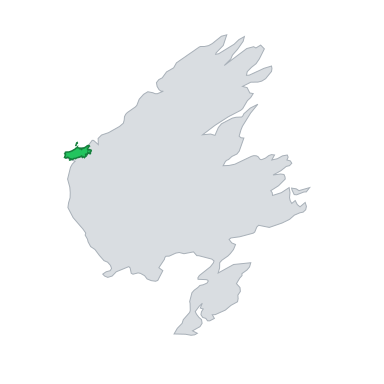 Rosslare Lea-5, Wexford, Ireland shown in context, rotated 158°
{"feature_id": "5873133B47995310482599", "entity_name": "Rosslare Lea-5", "entity_type": "district", "adm_level": 2, "iso_a3": "IRL", "parent_name": "Ireland", "parent_adm1": "Wexford", "projection": "equal_earth", "projection_center": [-6.602, 52.227], "detail": "fine", "context": "in_parent", "style": "filled", "palette": "green", "viewbox_px": 384, "rotation_deg": 158, "n_neighbors": 0, "source": "geoboundaries", "source_scale": "gbopen_adm2", "svg_char_len": 7663}
<svg xmlns="http://www.w3.org/2000/svg" viewBox="0 0 384 384"><g transform="rotate(158 192 192)"><path d="M247.9,76.9L239.3,81.2L238.0,82.8L235.5,89.4L235.2,91.3L229.8,98.6L226.8,100.1L222.2,101.3L219.7,102.4L216.4,101.8L212.3,101.9L210.3,103.3L210.4,104.3L211.6,105.4L219.1,108.8L218.7,110.2L216.5,111.8L202.9,115.8L198.8,118.2L197.4,119.8L198.8,122.4L209.6,130.4L211.4,131.2L213.0,135.9L222.6,137.8L226.5,140.7L229.9,141.4L237.2,141.1L240.2,142.2L241.8,141.4L242.8,139.9L251.1,134.2L248.5,130.0L256.9,122.8L259.2,122.9L263.0,125.1L266.2,128.2L267.3,132.2L270.3,135.9L272.3,137.2L277.5,137.9L278.8,139.4L277.8,144.7L278.6,146.5L292.1,146.4L297.5,144.0L302.1,144.4L304.5,146.8L305.5,149.3L301.5,150.2L297.3,149.7L295.2,151.3L295.1,154.5L296.5,158.5L299.3,161.3L301.6,167.8L303.5,175.0L306.4,179.3L307.0,184.7L306.6,187.3L307.2,192.1L305.9,193.7L306.9,198.2L311.8,212.7L312.9,224.0L310.5,228.2L307.2,232.3L305.1,237.1L303.5,242.2L302.5,250.6L295.4,260.4L292.4,262.8L288.9,264.3L296.6,271.2L290.3,274.3L283.5,275.2L275.9,273.5L271.2,273.7L265.2,277.3L263.9,276.7L261.1,271.0L259.0,276.8L254.6,278.7L247.2,278.3L234.7,279.9L229.9,281.5L227.9,284.1L226.4,287.1L224.4,288.9L222.2,289.9L212.6,292.1L210.7,293.0L206.2,297.8L200.3,300.7L195.4,301.5L191.1,298.7L189.4,297.0L187.4,296.1L180.8,296.2L182.9,297.1L184.2,299.1L184.8,302.9L184.0,306.7L180.7,308.6L176.8,309.0L170.6,312.9L162.5,314.0L158.0,317.6L131.0,323.7L129.5,323.7L125.8,322.2L121.7,321.5L117.7,322.0L106.4,325.4L100.9,324.7L108.1,316.2L117.5,312.0L118.5,310.8L115.5,310.2L97.6,313.2L91.4,315.7L85.2,316.5L88.1,312.6L96.2,307.3L103.2,303.8L106.2,300.8L114.7,297.2L87.5,304.5L80.4,303.6L78.8,301.6L73.3,302.5L71.3,297.6L79.7,290.2L84.5,287.0L90.2,285.3L95.7,282.9L97.8,279.8L95.2,278.9L78.9,279.7L71.1,279.0L71.6,276.6L73.1,274.0L81.3,269.5L85.7,268.7L89.6,269.2L96.4,271.8L105.6,271.0L101.8,268.1L101.3,262.2L98.4,260.3L102.2,257.6L106.5,255.9L113.8,250.3L116.3,249.5L130.4,248.1L145.7,245.2L160.8,241.1L153.1,238.8L149.5,235.9L143.4,241.9L139.1,244.2L127.0,245.4L123.2,244.8L117.8,242.9L116.2,243.6L114.6,245.1L106.5,248.0L98.1,248.7L108.0,243.3L120.6,234.1L123.4,231.2L127.4,226.1L126.2,223.9L123.7,222.6L132.9,212.2L136.1,210.4L141.8,210.0L146.0,208.4L147.9,208.4L149.6,207.8L153.3,204.7L147.6,202.7L141.8,201.7L123.6,202.8L121.3,202.6L119.0,201.6L117.6,200.2L116.6,196.7L115.3,195.9L111.2,195.9L107.1,197.0L104.3,196.9L101.6,195.4L106.0,191.8L100.4,190.9L94.6,191.6L89.8,190.6L89.8,188.3L92.0,186.1L89.2,184.0L88.7,181.3L91.7,179.9L95.0,180.4L101.8,178.4L110.5,177.4L103.1,175.5L100.2,173.8L100.1,171.2L100.7,169.1L109.4,165.4L118.5,163.7L117.9,161.3L118.6,158.6L109.4,157.9L100.3,159.7L101.4,154.7L103.7,150.2L104.2,147.2L103.8,144.0L99.5,145.4L99.1,140.9L97.4,137.8L91.0,139.9L91.3,135.8L93.2,133.0L96.5,131.7L99.7,132.3L105.8,132.2L111.7,130.1L120.1,129.5L133.6,130.2L142.7,136.2L145.1,135.2L148.8,131.4L150.6,130.9L164.5,132.6L173.1,134.8L175.4,134.1L174.2,129.9L171.3,127.0L175.1,123.1L179.6,120.5L182.7,119.2L189.7,117.6L192.8,116.1L194.9,111.2L198.1,107.1L180.6,109.2L164.0,104.4L166.7,101.0L170.2,99.1L176.3,97.6L176.9,95.8L180.0,94.3L185.1,90.4L183.3,85.4L184.4,81.7L188.1,79.2L189.2,75.8L190.9,73.2L198.3,72.3L205.4,70.0L216.4,69.6L219.2,70.6L218.6,66.4L223.8,65.9L225.8,66.7L226.6,69.7L229.0,71.6L229.7,74.8L228.1,77.4L225.4,79.3L227.8,81.3L224.1,85.0L228.1,83.4L233.8,79.9L233.6,77.0L232.6,73.3L231.0,70.1L231.8,66.5L235.0,64.2L243.5,63.1L240.0,59.0L243.1,58.6L246.5,59.5L251.4,62.6L261.8,67.1L256.7,71.1L250.4,73.9L247.9,76.9ZM98.5,156.4L98.2,158.3L94.2,155.9L92.3,153.2L81.3,152.0L86.0,149.3L88.2,150.1L96.0,150.2L98.2,151.3L98.5,156.4Z" fill="#d9dde1" stroke="#a8b0b8" stroke-width="1"/><path d="M278.7,264.3L278.3,264.5L278.2,264.5L277.9,264.7L277.6,264.7L277.4,264.8L276.8,264.9L276.6,265.0L276.8,265.3L276.6,265.4L276.6,265.6L276.7,265.8L276.7,266.2L276.7,266.3L276.7,266.6L276.6,266.8L276.2,266.7L276.0,266.8L275.5,266.5L275.5,266.3L275.4,266.2L275.2,266.0L274.9,266.4L274.8,266.6L274.6,266.6L274.5,266.9L274.4,267.0L274.2,267.0L273.9,267.4L273.9,267.2L273.6,267.3L273.4,267.2L273.3,266.9L273.2,266.9L273.1,266.7L272.9,266.5L272.0,266.3L271.8,266.4L271.4,266.6L271.2,266.9L271.3,267.2L271.1,267.3L270.7,267.4L270.2,267.7L270.1,267.9L270.1,268.1L269.9,268.2L269.9,268.4L270.0,268.4L270.0,268.5L270.1,268.8L270.3,268.9L270.4,269.1L270.8,269.3L270.9,269.5L271.0,269.6L271.3,269.6L271.7,269.7L271.7,269.8L271.8,269.8L272.1,269.9L272.6,269.8L272.8,270.0L272.8,269.9L272.8,270.0L272.7,270.0L272.7,269.9L272.4,269.9L272.4,270.0L272.5,270.1L272.5,270.4L272.7,270.6L272.8,271.2L272.3,271.4L271.8,271.8L271.3,272.3L271.0,272.4L271.0,272.5L270.8,272.8L270.8,273.0L270.9,273.4L270.7,273.4L270.3,273.3L270.3,273.2L270.4,272.8L270.1,273.0L269.9,273.0L270.0,273.6L270.4,273.8L270.5,273.8L270.8,273.9L270.8,274.0L271.0,274.1L271.9,274.0L272.1,274.0L272.1,273.9L272.4,273.8L272.5,273.7L273.1,273.5L273.5,273.6L274.1,273.4L274.5,273.4L274.8,273.4L275.2,273.3L275.5,273.1L276.1,273.2L276.8,273.2L277.0,273.4L277.3,273.4L277.8,273.3L278.1,273.5L278.5,273.5L278.3,273.4L278.2,273.4L278.3,273.2L278.4,272.9L278.5,272.9L278.4,272.9L278.4,272.7L278.2,272.7L278.4,272.7L278.4,272.8L278.5,272.9L278.6,273.1L278.5,273.3L278.7,273.6L278.7,273.8L278.8,273.9L279.0,273.9L279.1,274.0L279.3,273.9L279.7,274.0L279.6,274.3L279.6,274.2L279.1,274.2L278.8,274.1L278.5,274.0L278.6,273.9L278.2,273.7L277.7,273.6L277.0,273.5L276.7,273.3L275.9,273.3L275.5,273.3L275.4,273.2L275.2,273.3L276.2,273.5L277.0,273.7L278.1,274.0L278.9,274.4L280.3,275.1L281.0,275.6L281.6,276.1L281.6,276.3L281.5,276.5L281.7,276.4L281.8,276.4L282.0,276.5L281.9,276.4L282.0,276.4L282.1,276.5L282.0,276.3L282.5,276.1L282.8,276.2L283.0,276.1L283.4,276.0L283.9,275.8L284.7,275.5L285.1,275.4L286.1,275.4L287.3,275.1L288.1,275.1L289.7,275.1L291.4,275.3L292.5,275.7L293.1,276.0L294.1,276.2L294.3,276.3L294.5,276.3L294.6,276.2L294.8,275.9L294.7,275.7L294.8,275.6L295.0,275.5L295.1,275.4L295.5,275.2L295.3,275.0L295.3,274.9L295.4,274.7L295.2,274.6L295.1,274.4L295.2,274.2L295.5,274.0L295.6,273.6L295.7,273.3L296.2,273.0L296.5,272.7L296.7,272.4L296.6,272.2L296.9,271.9L297.2,271.7L296.7,271.3L296.3,271.1L296.1,270.9L296.0,270.6L295.8,270.5L296.0,270.6L295.9,270.7L295.8,270.8L295.7,270.7L295.1,270.8L295.3,270.8L295.1,270.8L294.9,270.8L294.4,270.9L294.2,270.8L293.9,270.5L293.4,269.8L293.1,269.0L293.1,268.9L292.9,267.8L292.9,267.6L293.0,267.5L292.9,267.5L293.0,267.4L293.0,267.2L293.1,266.9L293.0,267.1L292.6,267.2L292.5,267.3L292.5,267.5L292.4,267.8L292.5,267.8L292.4,268.3L291.9,268.3L291.6,268.0L291.6,267.7L291.5,268.0L291.6,267.7L291.8,267.8L292.0,267.8L291.9,267.8L291.7,267.6L291.1,267.2L290.8,267.1L290.7,267.0L289.8,267.0L289.7,267.2L289.7,267.3L289.8,267.3L289.5,267.4L289.4,267.4L289.2,267.3L288.5,267.2L288.2,267.1L287.4,266.5L287.0,266.6L286.9,266.8L286.2,266.9L285.7,266.8L285.2,266.8L285.0,266.7L284.5,266.6L284.2,266.8L284.0,266.7L283.8,266.6L283.4,266.4L282.8,266.7L282.5,266.6L282.3,266.5L282.2,266.5L282.1,266.4L281.9,266.5L281.7,266.4L281.3,266.7L281.0,266.8L280.8,266.5L280.8,266.2L280.3,266.0L280.5,265.7L280.4,265.6L280.6,265.5L280.7,265.4L280.6,265.2L280.4,265.4L280.2,265.4L279.9,265.3L279.6,265.3L279.5,265.1L279.4,265.1L279.2,264.9L279.1,264.7L278.8,264.5L278.7,264.4L278.7,264.3ZM280.0,280.2L279.9,280.5L280.0,280.7L279.9,280.7L280.0,280.7L280.0,280.8L280.3,280.7L280.5,280.5L280.5,280.4L280.9,280.3L281.0,280.2L281.1,279.9L280.7,280.0L280.0,280.2ZM272.0,266.3L272.2,265.9L272.2,265.7L272.3,265.7L272.2,265.6L271.8,265.7L271.8,265.9L271.7,266.1L271.8,266.2L272.0,266.3ZM281.8,279.1L282.0,279.1L282.2,278.9L282.3,278.8L282.3,278.7L282.1,278.6L281.8,279.0L281.8,279.1Z" fill="#22c55e" stroke="#15803d" stroke-width="1.5"/></g></svg>